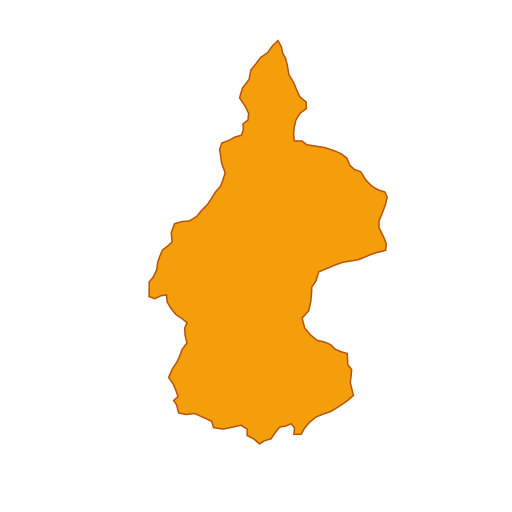 Caetanópolis, Minas Gerais, Brazil, rotated 241°
{"feature_id": "56859067B14008034033738", "entity_name": "Caetanópolis", "entity_type": "district", "adm_level": 2, "iso_a3": "BRA", "parent_name": "Brazil", "parent_adm1": "Minas Gerais", "projection": "albers", "projection_center": [-44.4, -19.341], "detail": "fine", "context": "isolated", "style": "filled", "palette": "amber", "viewbox_px": 512, "rotation_deg": 241, "n_neighbors": 0, "source": "geoboundaries", "source_scale": "gbopen_adm2", "svg_char_len": 2082}
<svg xmlns="http://www.w3.org/2000/svg" viewBox="0 0 512 512"><g transform="rotate(241 256 256)"><path d="M433.8,379.6L431.8,372.4L428.2,364.6L427.4,356.4L424.1,349.0L421.1,341.5L413.8,335.6L409.4,325.5L402.3,318.3L392.3,319.1L384.4,318.7L378.8,314.9L377.9,308.7L372.8,306.2L368.7,301.9L370.2,295.6L370.2,289.0L371.4,281.0L367.0,275.9L360.9,273.7L353.8,270.9L343.7,269.4L337.8,263.1L334.2,258.7L331.9,252.1L327.8,244.7L324.6,238.7L322.5,231.3L319.3,223.0L319.0,214.6L321.9,208.2L323.7,200.4L317.5,193.2L309.0,189.4L307.5,183.5L306.6,177.1L302.1,171.3L297.7,166.6L292.1,162.5L287.5,156.2L285.1,150.0L278.3,146.2L272.4,142.8L267.7,146.8L267.4,153.2L265.4,158.8L258.8,156.0L251.2,156.2L243.9,157.5L236.5,161.2L231.1,163.4L227.7,158.8L221.1,155.6L213.4,153.4L210.2,146.2L205.9,141.2L201.7,135.6L197.8,128.1L192.2,120.7L184.5,121.5L178.1,120.9L170.9,119.7L169.5,113.9L164.2,114.4L156.2,112.2L151.2,118.1L148.0,125.9L139.7,132.2L132.9,137.0L126.5,135.7L120.5,143.4L118.0,151.4L115.3,160.7L109.0,164.4L103.2,161.2L97.0,165.4L90.0,167.9L90.3,174.1L88.8,180.3L92.4,187.8L94.9,193.7L92.9,199.3L92.3,205.4L86.8,206.3L81.7,202.6L78.2,209.1L81.7,214.7L84.6,221.8L86.1,230.0L85.3,237.2L83.8,245.3L84.2,256.3L85.0,265.0L86.8,273.7L93.2,275.3L99.8,277.2L104.9,281.0L110.3,284.6L116.5,283.6L126.5,288.6L131.0,284.0L136.3,280.0L142.1,278.4L147.2,274.6L152.8,268.4L161.0,265.3L169.6,263.7L179.3,266.2L182.6,275.6L189.6,281.8L196.9,286.8L201.7,289.6L205.2,296.5L211.7,303.1L210.8,311.1L209.9,320.3L208.4,328.9L205.8,336.2L203.2,343.4L202.3,350.2L201.7,356.5L200.3,363.9L198.1,372.1L203.5,375.9L210.5,376.8L216.1,377.1L221.5,377.4L227.3,380.9L233.2,388.3L238.3,394.2L243.8,399.2L249.4,399.8L255.0,394.6L261.2,391.1L268.8,389.0L279.1,388.4L283.9,384.0L289.8,382.1L297.4,382.9L303.7,380.3L309.9,375.7L317.5,368.7L323.7,360.8L328.7,354.3L334.3,352.0L338.1,345.2L345.5,348.6L350.4,352.1L355.8,357.1L359.6,364.0L360.5,371.5L366.4,374.5L374.0,371.5L382.0,372.1L388.7,373.0L398.7,372.7L407.7,375.9L414.4,377.7L420.6,377.7L426.7,379.6L433.8,379.6Z" fill="#f59e0b" stroke="#b45309" stroke-width="1.5"/></g></svg>